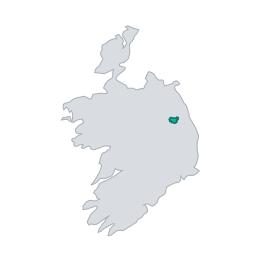 location of Maynooth Lea-5, Kildare, Ireland, rotated 344°
{"feature_id": "5873133B22694450243518", "entity_name": "Maynooth Lea-5", "entity_type": "district", "adm_level": 2, "iso_a3": "IRL", "parent_name": "Ireland", "parent_adm1": "Kildare", "projection": "mercator", "projection_center": [-6.655, 53.364], "detail": "fine", "context": "in_parent", "style": "filled", "palette": "teal", "viewbox_px": 256, "rotation_deg": 344, "n_neighbors": 0, "source": "geoboundaries", "source_scale": "gbopen_adm2", "svg_char_len": 5221}
<svg xmlns="http://www.w3.org/2000/svg" viewBox="0 0 256 256"><g transform="rotate(344 128 128)"><path d="M157.8,44.1L153.0,47.5L152.3,48.8L151.0,53.9L150.8,55.4L147.8,61.1L146.1,62.2L143.6,63.1L142.2,64.1L140.4,63.6L138.1,63.7L137.0,64.7L137.0,65.5L137.7,66.4L141.9,69.0L141.7,70.1L140.5,71.3L132.9,74.4L130.7,76.2L129.9,77.4L130.7,79.4L136.7,85.5L137.8,86.2L138.6,89.7L144.0,91.2L146.1,93.4L148.0,93.9L152.1,93.7L153.7,94.5L154.6,93.9L155.1,92.7L159.7,88.5L158.3,85.2L162.9,79.7L164.1,79.8L166.3,81.5L168.1,83.8L168.6,87.0L170.3,89.7L171.4,90.7L174.3,91.3L175.0,92.4L174.5,96.4L174.9,97.7L182.4,97.6L185.3,95.9L187.9,96.2L189.2,98.0L189.7,99.9L187.5,100.6L185.2,100.2L184.1,101.4L184.0,103.8L184.8,106.8L186.3,108.9L187.6,113.7L188.6,119.1L190.2,122.3L190.5,126.3L190.3,128.2L190.6,131.7L189.9,132.9L190.4,136.2L193.1,146.8L193.6,155.0L192.3,158.1L190.5,161.0L189.4,164.4L188.5,168.1L187.9,174.1L184.1,181.0L182.4,182.8L180.5,183.8L184.7,188.7L181.3,190.9L177.6,191.5L173.5,190.3L170.9,190.5L167.7,193.0L166.9,192.5L165.4,188.6L164.3,192.7L161.9,194.0L157.9,193.7L151.1,194.8L148.5,195.9L147.4,197.8L146.6,199.9L145.6,201.1L144.4,201.8L139.2,203.3L138.1,203.9L135.7,207.3L132.5,209.3L129.9,209.9L127.6,207.9L126.6,206.7L125.5,206.1L122.0,206.2L123.1,206.8L123.8,208.2L124.2,210.9L123.8,213.5L122.0,214.8L119.9,215.1L116.6,217.8L112.2,218.5L109.8,221.0L95.3,225.2L94.4,225.2L92.4,224.2L90.3,223.7L88.1,224.0L82.0,226.4L79.1,225.9L82.8,220.1L87.9,217.1L88.4,216.3L86.7,215.9L77.1,218.0L73.8,219.7L70.5,220.2L72.0,217.6L76.3,213.9L80.0,211.5L81.6,209.4L86.2,206.9L71.6,211.9L67.7,211.3L66.8,209.9L63.8,210.6L62.7,207.2L67.1,202.0L69.7,199.8L72.8,198.6L75.7,196.9L76.8,194.8L75.4,194.1L66.6,194.6L62.4,194.2L62.6,192.5L63.4,190.6L67.7,187.5L70.1,187.0L72.2,187.3L76.0,189.1L81.0,188.5L78.9,186.5L78.5,182.4L76.9,181.0L79.0,179.0L81.3,177.9L85.2,173.9L86.5,173.3L94.2,172.3L102.5,170.2L110.7,167.3L106.5,165.7L104.5,163.5L101.2,167.9L98.9,169.5L92.3,170.4L90.2,169.9L87.3,168.6L86.4,169.1L85.5,170.1L81.2,172.2L76.6,172.8L81.9,168.9L88.7,162.3L90.2,160.2L92.3,156.5L91.7,154.9L90.3,154.0L95.2,146.5L96.9,145.1L100.0,144.9L102.4,143.7L103.4,143.7L104.3,143.2L106.3,141.0L103.2,139.5L100.0,138.8L90.0,139.6L88.7,139.4L87.5,138.7L86.7,137.7L86.1,135.1L85.4,134.6L83.1,134.6L80.9,135.3L79.4,135.3L77.8,134.1L80.3,131.5L77.1,130.9L74.0,131.4L71.4,130.6L71.3,128.9L72.5,127.3L70.9,125.7L70.6,123.7L72.2,122.8L74.1,123.1L77.8,121.6L82.5,120.9L78.4,119.5L76.8,118.2L76.7,116.3L77.1,114.7L81.8,111.9L86.8,110.7L86.4,108.9L86.8,106.9L81.7,106.3L76.7,107.7L77.2,103.9L78.4,100.5L78.7,98.3L78.4,95.9L76.1,96.9L75.8,93.5L74.8,91.1L71.3,92.8L71.4,89.7L72.4,87.5L74.2,86.6L76.0,87.0L79.4,86.9L82.6,85.3L87.3,84.9L94.7,85.4L99.8,90.0L101.1,89.2L103.2,86.3L104.1,86.0L111.8,87.2L116.6,88.9L117.9,88.4L117.2,85.1L115.5,82.9L117.6,80.0L120.1,78.0L121.8,77.0L125.7,75.8L127.4,74.6L128.5,70.8L130.3,67.7L120.5,69.3L111.3,65.6L112.8,62.9L114.7,61.4L118.1,60.3L118.4,58.9L120.1,57.7L122.9,54.7L121.9,50.8L122.4,47.9L124.5,46.0L125.1,43.2L126.0,41.2L130.1,40.5L134.1,38.7L140.2,38.4L141.8,39.2L141.4,35.9L144.3,35.4L145.4,36.1L145.9,38.4L147.2,39.9L147.6,42.5L146.8,44.5L145.3,46.0L146.6,47.6L144.6,50.4L146.8,49.2L150.0,46.5L149.8,44.2L149.3,41.3L148.4,38.7L148.8,35.9L150.6,34.1L155.3,33.2L153.4,29.9L155.1,29.6L157.0,30.3L159.7,32.9L165.5,36.4L162.7,39.5L159.2,41.7L157.8,44.1ZM75.7,105.2L75.5,106.7L73.3,104.8L72.2,102.8L66.1,101.9L68.6,99.9L69.9,100.5L74.2,100.6L75.4,101.4L75.7,105.2Z" fill="#d9dde1" stroke="#a8b0b8" stroke-width="1"/><path d="M173.3,130.4L173.2,130.4L173.1,130.2L173.0,130.3L172.8,130.2L172.7,130.2L172.2,129.9L171.8,129.8L171.6,129.8L171.3,129.8L171.1,129.9L171.0,130.0L170.9,130.1L170.6,130.3L170.5,130.6L170.4,130.7L170.3,130.9L170.3,131.0L170.0,131.3L170.3,131.5L170.5,131.9L170.6,132.0L170.3,132.3L170.3,132.5L170.0,132.8L169.9,133.1L170.2,133.1L170.3,133.1L170.7,133.3L170.8,133.3L171.2,133.2L171.2,133.3L171.3,133.3L171.4,133.5L171.4,133.8L171.5,133.8L171.4,134.0L171.2,134.2L171.3,134.3L171.3,134.5L171.5,134.8L171.7,134.7L171.7,134.8L172.0,134.8L172.2,135.0L172.4,135.1L172.5,135.2L172.7,135.3L172.7,135.2L172.8,135.3L172.8,135.2L172.9,135.3L173.1,135.3L173.3,135.7L173.4,135.8L173.5,136.0L173.8,136.3L174.0,136.3L174.4,136.2L174.5,136.2L174.6,136.3L174.8,136.3L174.9,136.2L175.0,136.2L175.2,135.9L175.3,136.0L175.5,135.9L175.6,136.0L175.8,136.0L176.2,136.1L176.3,136.1L176.5,136.0L176.5,135.8L176.6,135.6L176.5,135.4L176.6,135.1L176.7,134.9L176.4,134.7L176.5,134.3L176.6,134.2L176.8,134.1L177.0,134.1L177.1,134.3L177.2,134.2L177.3,134.2L177.3,134.3L177.5,134.1L177.4,134.0L177.4,133.9L177.4,133.7L177.5,133.3L177.5,133.2L177.8,133.1L178.0,133.2L178.0,132.9L178.1,132.7L178.1,132.4L178.2,132.5L178.3,132.6L178.5,132.6L178.6,132.4L178.7,132.5L178.7,132.4L178.8,132.4L178.9,132.2L179.0,132.2L179.2,131.9L179.0,131.7L178.9,131.8L178.8,131.7L178.7,131.6L178.3,131.4L178.2,131.3L178.2,131.2L177.9,131.0L177.7,131.3L177.5,131.5L177.3,131.6L177.4,131.9L177.2,131.8L176.9,131.7L176.6,131.4L176.4,131.4L176.2,131.4L175.8,131.3L175.7,131.4L175.4,131.4L174.9,131.5L174.6,131.4L174.4,131.2L174.4,130.9L174.2,130.8L173.9,130.7L173.7,130.6L173.4,130.4L173.3,130.4Z" fill="#14b8a6" stroke="#0f766e" stroke-width="1.5"/></g></svg>